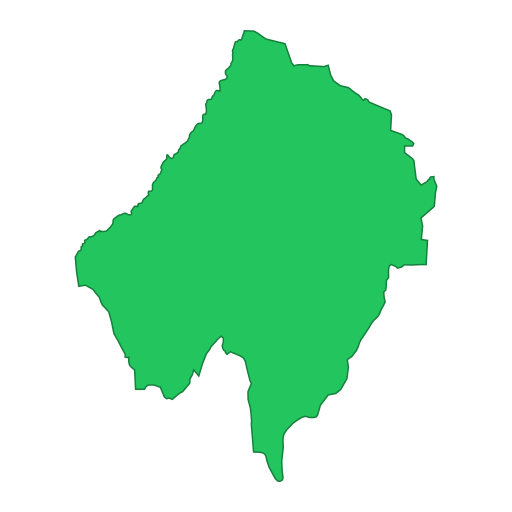 the district of Otmah, Dhamar, Yemen
{"feature_id": "15242507B73585871072840", "entity_name": "Otmah", "entity_type": "district", "adm_level": 2, "iso_a3": "YEM", "parent_name": "Yemen", "parent_adm1": "Dhamar", "projection": "equal_earth", "projection_center": [43.928, 14.474], "detail": "fine", "context": "isolated", "style": "filled", "palette": "green", "viewbox_px": 512, "rotation_deg": 0, "n_neighbors": 0, "source": "geoboundaries", "source_scale": "gbopen_adm2", "svg_char_len": 5985}
<svg xmlns="http://www.w3.org/2000/svg" viewBox="0 0 512 512"><path d="M385.1,302.3L384.9,301.2L384.0,296.1L383.9,294.2L383.8,291.9L385.8,289.9L385.9,288.7L386.1,287.3L386.3,285.0L386.4,280.4L388.6,277.6L388.5,271.0L388.8,267.9L389.1,266.4L390.4,265.0L391.2,264.5L395.9,266.5L397.4,268.1L401.5,267.1L404.2,264.8L411.7,265.0L419.5,264.6L426.1,264.6L427.5,240.4L421.3,239.5L422.6,226.1L421.0,218.0L434.3,206.4L435.5,192.3L436.3,188.7L436.7,186.2L433.9,179.2L433.9,176.6L431.2,176.9L430.4,177.1L430.0,177.5L429.8,178.3L429.6,179.3L428.6,179.4L426.9,181.7L422.4,184.3L421.1,185.1L418.9,182.3L416.2,179.2L415.5,173.7L414.7,167.7L413.9,160.6L412.3,158.6L404.6,152.6L404.6,146.0L409.6,146.0L412.7,146.0L413.7,143.5L412.3,142.0L408.0,139.0L405.1,137.8L404.8,137.1L404.5,136.4L402.2,134.5L390.6,130.4L391.5,114.9L390.1,110.9L384.4,108.6L369.1,102.1L367.7,99.8L365.2,98.7L364.7,98.8L363.6,100.4L362.4,99.7L360.3,96.8L358.5,95.0L354.7,92.6L348.4,87.6L340.3,85.7L333.7,80.9L330.7,75.2L330.2,73.3L328.2,65.2L324.1,66.6L309.4,65.7L307.9,64.7L297.6,64.8L294.0,65.8L291.7,63.0L285.0,43.7L270.7,40.2L265.9,39.0L257.8,33.3L254.0,31.1L247.2,30.9L244.3,30.7L244.0,32.4L243.1,34.6L242.3,37.1L241.8,38.8L240.9,40.1L240.1,39.8L239.1,39.8L238.5,40.2L237.6,41.4L236.9,41.5L235.7,41.7L235.3,42.1L234.7,44.1L234.2,45.5L233.6,48.2L233.1,49.1L232.7,49.9L232.5,51.3L232.8,52.4L232.9,53.5L232.5,54.5L232.6,55.1L232.7,57.7L232.7,59.4L232.6,60.7L232.0,62.0L231.0,63.5L231.0,64.5L230.9,65.2L229.6,66.7L228.8,67.9L226.9,69.3L225.8,70.3L225.4,71.4L225.4,72.5L225.5,73.9L226.0,74.7L226.8,75.6L227.2,77.3L226.7,78.4L225.8,79.0L224.1,79.8L222.4,80.0L220.6,80.8L219.8,81.3L219.3,82.3L219.2,83.4L219.5,84.2L220.0,87.9L220.0,91.0L219.7,91.4L218.9,90.8L217.9,90.5L216.5,90.5L215.9,91.0L215.2,92.0L214.5,93.5L214.1,94.7L213.4,95.5L212.6,96.1L212.1,97.0L211.8,98.6L211.3,99.3L210.1,99.4L209.1,99.4L207.9,99.8L207.2,100.4L206.9,101.3L206.8,102.5L206.1,103.4L205.7,104.4L205.8,105.4L206.1,106.2L206.1,108.0L206.4,109.4L206.4,111.4L206.0,113.0L205.6,114.3L204.6,114.1L204.1,114.1L203.2,114.8L202.7,115.8L202.7,117.1L202.7,118.5L202.8,119.8L202.2,122.7L201.0,123.4L199.8,123.2L198.6,123.5L197.4,124.0L196.5,125.0L195.7,126.1L195.0,127.2L194.4,128.6L193.9,129.8L193.4,130.9L192.8,131.3L191.1,132.4L189.9,134.2L189.5,135.2L189.5,136.6L188.9,138.4L188.3,139.1L187.7,140.7L187.2,141.4L186.5,141.8L185.3,142.9L183.8,143.8L182.9,144.5L182.2,145.2L181.1,145.5L180.9,146.3L180.4,147.5L179.9,148.4L179.3,149.1L178.6,149.9L178.5,151.0L178.4,152.0L175.8,153.9L174.3,154.4L174.1,154.7L173.9,155.7L173.4,157.1L172.8,157.9L172.1,158.4L171.2,158.3L170.4,158.0L169.6,157.4L169.0,156.6L168.2,155.5L167.5,154.9L167.0,154.9L166.9,155.8L166.7,156.6L166.7,158.7L166.2,159.4L165.3,160.4L164.0,161.3L163.0,162.5L162.6,163.6L161.9,164.9L161.2,166.2L161.0,167.4L161.1,168.5L161.8,169.3L161.7,169.9L160.5,173.3L159.5,174.3L158.4,175.0L158.0,175.7L158.4,176.9L158.1,177.2L157.3,177.6L156.7,178.1L156.6,179.1L155.8,180.3L154.7,181.4L153.4,182.6L152.5,184.6L152.5,189.0L152.4,190.0L151.6,191.0L150.7,191.3L149.9,191.3L149.4,191.2L148.8,191.2L148.3,192.0L148.3,193.3L148.6,195.3L148.2,195.5L147.1,196.3L146.3,197.2L145.7,197.8L145.2,198.1L144.4,198.6L143.7,199.2L143.1,200.1L142.8,200.9L142.0,202.6L141.5,203.1L138.9,203.5L138.4,203.8L138.1,204.2L137.9,205.2L137.8,206.1L137.8,206.6L137.5,206.8L137.3,206.8L136.8,206.5L136.2,206.2L135.8,206.3L135.3,206.3L134.5,206.3L134.2,207.0L133.7,207.5L133.1,208.1L132.5,209.2L132.0,210.2L131.4,210.8L131.2,211.3L131.1,211.9L131.2,212.1L131.6,213.1L131.5,213.9L131.2,214.5L130.3,214.9L129.5,215.0L128.5,214.7L126.7,213.8L125.2,213.2L124.3,213.2L123.6,213.7L122.5,214.1L120.5,215.1L119.9,215.0L119.4,215.0L118.3,215.7L117.2,216.4L114.0,218.7L113.3,219.8L113.1,220.4L113.1,221.6L113.0,222.7L112.4,224.4L110.4,227.1L109.1,228.3L107.2,230.4L106.2,231.1L103.0,231.6L101.8,231.3L100.6,231.6L100.3,231.3L100.0,230.7L99.3,230.5L98.8,231.2L98.3,231.5L97.5,231.7L97.1,232.0L95.9,232.8L95.5,233.2L94.6,234.7L92.8,236.2L91.8,236.7L91.0,236.9L90.3,236.8L89.7,236.7L89.2,236.9L88.6,237.3L87.8,238.5L87.0,239.3L84.8,240.3L84.6,240.6L84.6,241.1L84.8,241.4L84.8,242.2L84.9,242.7L84.7,243.2L82.9,243.8L82.4,244.2L82.3,244.5L82.4,244.9L82.5,245.4L82.6,245.9L82.5,246.2L81.1,246.9L81.2,249.1L80.8,250.4L78.7,251.1L75.3,257.0L76.5,270.8L77.8,279.9L78.8,286.3L85.5,285.2L93.0,289.4L95.4,292.7L99.1,297.1L100.2,299.7L100.9,302.1L102.3,304.9L108.7,311.7L111.7,322.4L112.6,327.1L114.0,333.8L117.5,339.7L121.3,347.1L125.2,354.3L125.2,357.2L128.1,357.6L129.0,357.2L128.7,359.6L128.7,361.6L129.5,365.0L131.1,367.0L134.6,369.9L135.6,389.3L144.5,389.3L145.9,386.9L147.4,385.5L148.8,385.0L153.5,385.0L156.5,385.8L159.1,386.9L160.2,386.9L164.4,397.0L166.7,398.7L169.0,398.0L172.3,399.4L174.6,397.4L178.9,393.7L182.7,391.6L189.7,383.3L190.0,379.0L192.3,374.8L193.7,369.9L198.8,376.0L200.4,370.6L202.8,362.8L205.6,355.9L206.5,353.6L209.5,349.7L211.2,346.4L216.2,341.1L217.3,339.6L221.1,336.2L223.0,337.7L223.3,338.8L223.3,342.2L223.0,343.5L222.5,344.6L222.3,345.4L222.3,346.6L222.8,348.4L223.6,350.0L225.0,351.0L225.7,352.9L227.0,354.3L230.5,351.6L232.0,352.5L239.6,355.6L243.5,358.0L245.3,361.4L247.6,371.3L249.9,380.3L251.4,383.8L249.8,387.1L248.0,391.7L248.0,393.9L248.1,399.3L250.4,408.4L251.0,413.0L251.6,421.4L251.3,424.0L253.6,452.0L259.5,452.2L262.5,452.8L264.8,454.1L265.9,456.2L267.0,461.1L269.3,467.7L275.3,478.7L276.9,480.2L277.9,481.1L279.8,481.3L281.8,480.4L282.6,479.3L283.0,477.7L282.1,470.1L281.7,461.5L283.2,447.8L283.1,443.2L282.9,440.4L283.2,436.8L284.1,434.0L285.3,431.9L287.0,429.5L292.9,423.3L297.0,420.3L302.0,417.3L305.1,416.4L306.3,416.5L309.7,417.5L313.2,417.6L316.2,416.9L317.6,415.0L320.4,405.2L328.3,394.9L335.8,393.5L340.7,389.5L346.9,378.7L348.4,367.2L347.3,359.9L348.3,358.9L351.9,356.4L356.3,350.7L358.3,346.6L359.2,343.4L361.1,339.4L362.7,337.3L368.8,328.0L372.4,322.0L374.2,320.0L377.3,317.1L379.0,314.8L380.1,312.3L381.0,309.9L382.9,306.5L385.0,302.4L385.1,302.3Z" fill="#22c55e" stroke="#15803d" stroke-width="1.5"/></svg>